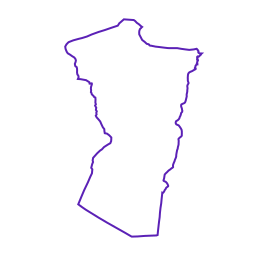 Dogiyai, Papua, Indonesia (Equal Earth projection), rotated 274°
{"feature_id": "22746128B76462588476684", "entity_name": "Dogiyai", "entity_type": "district", "adm_level": 2, "iso_a3": "IDN", "parent_name": "Indonesia", "parent_adm1": "Papua", "projection": "equal_earth", "projection_center": [135.829, -3.999], "detail": "fine", "context": "isolated", "style": "outline", "palette": "violet", "viewbox_px": 256, "rotation_deg": 274, "n_neighbors": 0, "source": "geoboundaries", "source_scale": "gbopen_adm2", "svg_char_len": 5195}
<svg xmlns="http://www.w3.org/2000/svg" viewBox="0 0 256 256"><g transform="rotate(274 128 128)"><path d="M236.1,126.2L236.1,122.6L236.1,121.7L236.1,116.3L232.1,112.3L232.0,112.1L229.4,110.7L226.6,103.9L224.2,98.3L222.1,92.9L221.9,92.3L218.8,85.3L216.4,80.7L214.5,75.8L213.5,72.6L211.7,67.5L211.4,66.8L209.5,62.8L208.8,62.1L208.0,61.5L207.2,60.8L205.7,60.1L204.8,59.7L202.6,60.2L201.5,60.7L199.7,61.6L199.3,61.9L198.3,62.7L197.1,65.1L195.8,67.2L194.6,69.5L193.1,70.8L191.7,71.3L190.2,71.1L188.3,70.5L187.0,70.8L186.0,71.2L185.1,72.6L183.7,73.0L182.0,73.2L179.8,73.3L177.8,73.8L176.9,74.7L175.3,75.2L173.4,74.6L173.4,77.3L173.1,80.0L172.8,82.8L171.7,84.9L171.0,86.2L169.6,86.6L169.7,87.6L170.0,88.2L169.9,88.8L169.0,88.9L166.6,88.3L164.9,88.2L162.9,88.6L161.1,88.5L160.3,89.2L159.2,89.5L158.2,90.5L157.7,91.3L156.7,91.9L156.1,93.3L154.3,93.6L151.0,93.7L149.4,94.3L148.1,93.6L147.2,94.1L146.1,94.9L143.8,94.7L142.5,95.7L140.9,95.3L139.3,95.7L138.0,95.0L136.4,96.0L134.7,97.8L132.6,99.8L129.9,101.2L126.9,102.9L125.3,104.4L123.2,104.7L121.2,105.2L120.9,107.5L119.4,109.8L117.4,112.0L115.8,112.1L113.7,112.1L111.6,111.4L110.0,109.0L107.3,105.4L104.9,103.5L103.5,101.7L100.6,99.0L95.8,95.3L93.2,95.0L91.6,95.5L89.5,94.8L85.7,94.1L84.3,95.3L80.3,95.2L76.5,93.7L71.0,91.8L62.9,88.6L56.2,86.3L48.4,83.7L46.1,87.3L43.6,91.5L41.7,95.1L36.6,104.8L32.1,113.8L27.1,124.3L23.4,132.1L20.3,138.4L19.9,139.3L20.5,145.2L21.5,152.1L22.3,159.2L22.8,163.8L23.3,165.0L27.4,165.1L32.1,165.3L36.6,165.5L41.3,165.8L45.9,165.8L50.6,166.0L55.3,166.4L59.9,166.5L64.5,166.7L65.9,166.7L65.8,167.0L65.8,167.3L65.8,167.5L66.7,168.2L67.8,168.7L68.7,169.0L69.2,169.4L69.8,169.8L70.4,170.0L70.9,170.2L71.4,170.6L72.1,171.5L72.7,172.1L73.3,172.1L74.5,171.5L75.6,170.8L76.5,169.9L77.0,169.3L77.4,168.1L77.7,167.4L78.0,167.1L78.4,167.1L79.2,167.3L80.1,167.5L81.1,167.6L82.3,167.7L83.5,167.8L84.2,167.9L84.7,168.3L85.6,169.0L86.4,169.8L87.5,170.7L88.6,171.7L89.6,173.0L90.9,174.3L91.4,175.1L92.1,175.7L92.9,175.6L93.9,175.5L94.7,175.6L96.0,176.0L97.0,176.3L97.9,176.7L99.4,177.0L101.4,177.7L102.1,177.9L103.3,178.1L104.1,178.0L104.3,178.0L105.6,178.1L107.4,178.3L109.2,178.5L110.8,179.0L112.4,179.1L113.8,179.4L115.2,179.6L117.3,179.5L118.7,179.5L119.8,179.2L120.5,179.1L121.5,179.8L122.4,180.7L123.2,181.6L123.9,182.1L124.4,182.2L125.2,182.1L126.1,182.1L127.3,182.0L128.6,181.9L130.1,181.5L131.6,180.5L133.0,179.4L134.2,178.3L134.6,177.0L135.0,176.0L135.3,175.7L136.3,175.2L137.1,175.2L137.4,175.3L138.0,175.4L138.7,176.3L139.2,177.0L139.8,177.6L140.7,178.3L141.4,178.6L142.7,178.9L144.0,179.5L145.4,179.8L146.7,180.0L147.9,180.9L149.0,181.0L149.7,180.7L150.8,180.5L151.7,180.2L151.9,180.1L152.1,180.0L152.5,179.8L153.3,179.5L154.6,179.4L155.3,179.7L155.9,180.7L156.5,181.9L157.0,182.7L157.7,183.2L159.1,183.6L160.0,183.8L160.3,183.8L162.5,184.2L163.9,184.4L164.8,184.2L165.9,184.2L167.6,184.5L167.9,184.5L168.9,184.6L169.8,184.5L171.2,184.6L172.0,184.6L173.4,184.3L174.1,184.2L175.3,184.5L175.9,184.8L176.5,185.1L177.0,185.3L177.4,185.2L178.5,184.7L179.0,184.5L179.3,184.4L180.4,184.3L181.7,184.2L182.0,184.1L183.5,184.1L185.2,184.1L186.6,184.4L187.7,185.2L188.6,186.6L188.8,187.2L188.9,187.3L189.0,187.5L189.2,187.9L189.3,188.1L189.5,188.4L189.7,188.6L190.0,189.1L190.1,189.3L190.3,189.5L190.6,190.0L190.8,190.2L191.0,190.6L191.2,191.0L191.4,191.2L191.6,191.4L191.9,191.4L192.0,191.3L192.2,191.1L192.4,190.5L192.5,190.5L192.8,190.6L193.1,190.9L193.4,191.0L193.6,191.0L193.9,191.0L194.1,190.9L194.4,190.9L194.6,191.0L194.8,191.1L195.1,191.3L195.3,191.4L195.7,191.6L195.8,191.7L196.0,192.0L196.2,192.5L196.3,192.7L196.3,192.8L196.5,192.8L196.8,192.8L196.9,192.7L197.0,192.4L197.0,192.2L197.3,192.1L197.5,192.2L197.9,192.5L198.1,192.5L198.3,192.4L198.7,192.4L199.0,192.5L199.5,192.6L199.8,192.9L200.0,193.0L200.3,193.1L200.6,193.0L200.8,193.0L200.9,192.9L201.0,192.8L201.0,192.6L201.0,192.3L201.0,192.2L201.3,192.1L201.5,192.1L201.8,192.1L202.0,192.2L202.2,192.3L202.3,192.4L202.5,192.5L202.8,192.5L202.9,192.4L203.0,192.3L203.1,192.1L203.3,192.0L203.6,192.0L203.8,192.2L204.1,192.3L204.3,192.5L204.3,192.8L204.2,193.0L204.1,193.3L204.1,193.5L204.3,193.8L204.5,194.0L204.8,194.2L204.9,194.3L205.1,194.5L205.5,194.8L205.9,195.3L206.1,195.4L206.3,195.5L206.5,195.7L206.8,195.8L207.1,195.9L207.2,196.0L207.5,196.3L207.5,196.1L207.3,195.9L207.2,195.6L207.1,195.4L207.2,195.2L207.3,195.0L207.4,194.8L207.5,194.7L207.5,194.3L207.5,194.1L207.6,193.8L207.7,193.6L207.8,193.4L207.9,193.2L208.0,193.1L208.2,192.9L208.3,192.9L208.5,192.9L208.8,192.9L209.0,192.9L209.2,193.0L209.3,193.0L209.5,193.0L209.6,192.9L209.7,192.7L209.9,192.5L210.1,192.4L210.3,192.2L210.6,192.2L210.8,191.9L211.0,191.8L211.1,191.7L211.4,191.4L211.5,191.3L211.6,191.2L211.8,190.9L211.0,188.2L210.2,183.7L210.4,179.9L210.7,175.5L211.1,171.6L210.8,167.5L210.5,162.3L210.7,158.1L210.9,154.5L211.0,152.6L211.1,149.9L211.2,149.1L211.4,147.7L211.5,146.7L211.7,145.6L211.7,145.1L211.7,144.3L212.0,143.6L212.6,143.3L213.0,142.7L213.3,140.8L215.1,138.6L216.8,136.0L219.1,134.6L222.2,132.7L224.0,132.5L225.6,132.5L227.5,133.0L228.6,134.0L229.3,134.5L229.8,135.0L230.4,134.0L232.3,131.6L233.6,129.4L235.2,127.7L236.1,126.2Z" fill="none" stroke="#5b21b6" stroke-width="2"/></g></svg>